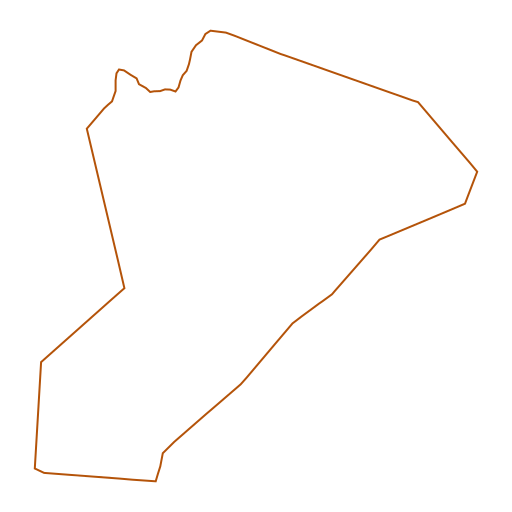 the district of Belágua, Maranhão, Brazil
{"feature_id": "56859067B20132101746210", "entity_name": "Belágua", "entity_type": "district", "adm_level": 2, "iso_a3": "BRA", "parent_name": "Brazil", "parent_adm1": "Maranhão", "projection": "equal_earth", "projection_center": [-43.471, -3.111], "detail": "fine", "context": "isolated", "style": "outline", "palette": "amber", "viewbox_px": 512, "rotation_deg": 0, "n_neighbors": 0, "source": "geoboundaries", "source_scale": "gbopen_adm2", "svg_char_len": 943}
<svg xmlns="http://www.w3.org/2000/svg" viewBox="0 0 512 512"><path d="M234.2,35.6L225.9,32.6L210.5,30.7L205.4,34.0L202.0,40.5L196.0,45.2L191.5,51.8L190.0,59.6L188.9,64.3L186.6,70.9L182.8,75.2L180.5,80.5L178.5,87.5L175.5,91.5L170.2,89.6L165.0,89.4L160.1,91.1L154.0,91.3L150.2,92.0L145.9,88.0L139.0,84.2L136.6,78.4L130.7,74.9L124.0,70.4L119.0,69.5L116.5,73.3L115.6,80.3L115.6,91.0L112.0,101.4L108.1,104.7L104.1,108.4L86.8,128.7L117.9,260.2L124.4,288.2L111.9,299.2L41.1,362.1L34.8,468.5L44.1,472.9L69.2,474.8L119.8,478.6L132.4,479.7L155.7,481.3L157.9,473.9L160.3,466.3L162.8,453.2L174.3,441.8L206.3,413.9L215.2,406.3L240.7,384.3L246.4,377.9L275.1,343.9L292.5,323.4L301.8,316.3L318.9,303.7L322.4,301.3L332.0,294.3L334.8,291.0L370.6,250.1L379.5,239.6L383.4,238.0L436.9,215.6L465.0,203.7L467.6,196.8L477.2,171.7L470.0,163.0L451.8,141.8L418.0,102.1L412.7,100.5L284.6,55.3L280.6,54.0L234.2,35.6Z" fill="none" stroke="#b45309" stroke-width="2"/></svg>